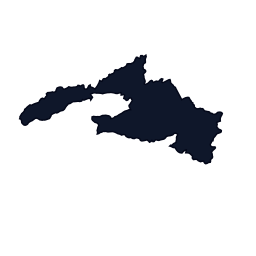 Pirajuí, São Paulo, Brazil, rotated 239°
{"feature_id": "56859067B50435811412978", "entity_name": "Pirajuí", "entity_type": "district", "adm_level": 2, "iso_a3": "BRA", "parent_name": "Brazil", "parent_adm1": "São Paulo", "projection": "equal_earth", "projection_center": [-49.386, -21.905], "detail": "fine", "context": "isolated", "style": "filled", "palette": "ink", "viewbox_px": 256, "rotation_deg": 239, "n_neighbors": 0, "source": "geoboundaries", "source_scale": "gbopen_adm2", "svg_char_len": 5967}
<svg xmlns="http://www.w3.org/2000/svg" viewBox="0 0 256 256"><g transform="rotate(239 128 128)"><path d="M73.3,194.2L74.6,195.3L75.5,196.3L75.9,197.8L76.3,198.9L76.8,199.9L77.3,201.5L76.6,204.5L76.7,205.9L77.8,206.7L78.7,206.3L79.6,205.7L80.4,204.9L81.7,204.9L82.4,204.6L83.2,204.7L84.2,205.3L85.0,206.2L87.1,206.9L86.8,209.0L86.4,210.7L88.2,211.6L89.2,212.5L90.0,213.5L90.8,215.0L91.8,216.3L93.0,216.2L94.0,215.3L94.7,214.2L95.2,212.7L94.8,211.3L94.9,209.6L95.5,208.8L96.0,207.9L97.3,207.5L98.3,206.2L99.7,206.1L100.7,205.2L101.4,204.3L102.2,203.5L103.3,202.3L104.9,202.2L106.1,202.0L106.8,200.8L107.7,200.0L108.2,198.2L109.2,196.5L110.4,196.2L111.2,195.6L112.3,195.9L113.6,196.5L115.0,195.8L116.0,196.5L116.8,196.1L117.6,195.8L118.6,196.0L120.1,195.8L121.6,195.8L122.7,195.9L123.4,195.2L123.8,194.2L124.2,193.0L124.4,191.5L124.6,188.6L137.2,189.3L138.4,189.5L140.0,188.6L141.4,188.7L142.5,188.3L144.7,187.8L145.5,188.1L147.1,188.8L147.9,188.9L148.3,187.8L148.4,186.3L148.6,183.4L148.6,182.3L149.3,180.8L150.2,180.7L152.0,183.0L152.9,182.3L153.0,180.7L152.2,178.9L152.6,177.5L153.6,176.4L153.8,175.1L153.8,173.5L154.6,173.0L155.9,173.1L156.7,172.6L156.8,171.1L156.3,169.4L156.0,167.9L156.3,165.6L157.2,164.7L158.1,165.1L158.6,166.2L159.4,166.8L160.2,167.0L162.0,167.3L162.8,167.5L163.6,168.0L165.0,168.5L165.9,168.6L166.6,169.7L166.9,171.3L167.3,172.2L168.2,172.6L169.2,172.4L170.5,171.4L171.7,172.0L172.9,172.3L173.7,173.0L175.1,174.6L175.1,176.5L176.5,177.4L177.4,177.7L178.6,178.7L179.8,180.3L181.2,180.8L181.1,179.2L181.4,177.9L182.7,177.5L183.4,176.2L182.4,174.9L181.4,174.2L182.2,173.1L183.6,172.6L184.3,171.6L183.6,170.4L182.8,169.0L182.0,168.3L181.6,167.1L181.2,166.0L181.5,164.7L181.6,163.5L182.6,162.0L183.4,160.3L182.3,158.9L182.0,157.5L182.0,155.7L182.1,154.5L183.0,153.5L182.7,152.1L182.9,151.0L182.7,149.7L183.3,148.6L184.3,147.4L184.2,146.1L183.4,145.6L182.7,144.7L182.3,143.5L182.7,142.2L182.6,140.5L183.4,140.1L183.4,138.9L182.5,138.5L182.0,137.3L181.9,135.7L181.7,134.3L182.3,133.5L182.8,132.2L182.0,130.6L181.5,129.5L182.4,128.7L183.2,128.2L181.7,126.5L179.9,123.5L178.3,119.7L180.0,119.0L180.8,118.4L181.7,117.8L182.4,116.9L184.4,117.7L184.4,116.2L182.9,113.9L182.6,112.4L183.5,111.3L184.2,110.8L185.5,111.2L186.9,111.9L187.8,111.9L188.3,111.1L188.4,108.6L189.6,108.0L190.3,107.1L189.8,106.1L189.9,104.7L190.6,103.2L191.2,102.1L191.6,100.9L192.6,99.5L193.8,98.5L193.6,96.9L193.7,95.2L193.9,94.0L194.4,92.7L195.6,92.5L196.9,92.3L198.1,90.9L198.6,89.3L198.8,87.8L198.1,86.8L197.4,85.8L196.5,85.0L196.6,82.9L197.8,81.9L198.2,80.4L198.9,78.9L199.7,77.3L199.3,75.6L197.8,75.4L197.3,74.6L197.1,73.5L196.6,72.6L196.1,71.2L197.6,70.0L197.8,68.6L197.2,67.0L196.7,66.0L195.8,64.8L196.4,62.5L196.7,61.2L197.0,59.5L197.1,58.3L197.0,57.3L198.3,55.8L198.0,53.4L197.8,52.1L197.3,50.6L197.2,49.1L196.2,48.2L195.6,47.0L195.3,45.9L195.0,44.3L193.2,41.1L192.3,40.7L191.7,39.9L190.6,40.8L189.5,40.6L188.6,40.3L187.3,39.7L186.4,39.7L185.3,40.0L184.3,40.3L183.4,41.2L183.0,42.6L183.1,43.9L183.8,45.3L184.0,46.8L183.9,48.3L183.7,49.7L183.9,51.7L184.1,53.3L183.6,54.7L182.4,55.7L180.4,56.7L179.7,57.6L178.9,58.5L178.4,59.8L177.7,60.8L177.3,62.3L176.6,65.6L177.9,68.0L178.9,69.1L178.9,71.1L178.7,72.6L178.4,74.2L177.6,74.7L177.4,75.9L177.5,78.4L177.1,79.9L176.6,81.3L176.9,83.2L177.9,85.0L178.7,86.8L179.0,88.2L179.6,89.6L178.9,90.6L178.9,92.5L179.0,93.6L178.8,94.8L178.2,95.7L176.6,99.1L175.6,100.3L175.0,102.1L175.8,103.7L174.6,104.6L174.1,107.8L173.6,109.9L172.6,110.9L171.2,110.5L172.6,113.4L173.8,113.3L175.2,113.0L176.3,113.3L176.2,114.7L175.9,116.4L175.3,117.7L174.2,118.9L173.4,120.3L172.4,121.8L171.4,123.0L170.4,124.0L170.2,125.2L169.6,126.8L168.8,128.9L168.1,130.0L167.6,131.2L167.0,132.1L165.6,133.8L164.6,134.8L163.9,135.4L163.0,136.8L162.8,137.9L162.0,140.1L160.7,139.7L159.8,139.1L159.3,140.3L159.0,141.5L157.9,142.0L155.5,139.6L154.4,140.4L153.3,140.5L152.3,141.1L152.1,142.4L152.8,143.7L152.8,145.4L151.8,146.1L150.6,145.9L149.8,146.1L148.9,145.2L148.0,143.2L147.3,141.9L146.9,140.6L146.0,140.1L144.6,139.9L143.4,139.9L142.4,139.7L143.2,138.0L143.3,136.5L144.0,134.1L144.0,132.0L143.8,130.7L143.9,128.6L144.0,127.1L143.8,125.6L143.9,124.1L144.4,122.6L144.0,121.4L144.1,119.9L144.9,118.0L146.1,118.6L147.7,118.2L148.6,117.5L149.6,116.3L150.3,115.6L151.2,113.8L151.9,112.5L152.2,109.6L153.4,107.8L154.1,106.4L154.8,105.5L155.7,104.4L156.0,102.9L155.0,102.3L154.3,101.7L153.0,101.6L152.0,101.9L150.9,102.3L149.9,102.6L148.8,103.7L147.4,104.5L145.4,104.4L144.1,102.6L142.9,101.5L141.8,100.3L140.0,99.8L138.7,98.6L138.3,100.2L138.5,101.7L138.0,103.4L137.9,105.0L137.2,106.0L136.5,107.3L135.0,108.8L132.9,113.0L131.6,114.3L129.9,115.5L128.4,116.4L126.7,118.1L125.3,118.8L124.8,120.8L123.6,122.1L122.3,122.0L121.5,122.2L119.7,123.3L119.1,124.1L118.5,125.6L116.7,126.6L115.7,127.9L115.5,129.6L114.9,130.8L114.0,131.5L113.3,132.2L112.1,132.5L111.0,132.3L110.0,133.0L109.4,134.1L108.7,135.9L108.0,138.2L106.0,139.0L104.8,139.1L104.6,140.8L105.0,142.1L103.4,142.4L103.0,143.5L103.5,144.7L103.6,145.8L102.8,146.6L102.1,147.3L101.5,148.1L101.1,149.9L100.2,152.5L100.0,153.7L100.4,155.3L101.0,156.7L100.4,158.8L99.7,160.2L99.1,162.8L99.6,164.7L99.3,165.9L98.2,166.8L97.3,167.4L96.3,166.8L95.6,165.4L94.9,164.7L93.1,163.7L90.8,161.5L91.0,160.4L91.1,158.8L90.5,156.9L91.3,155.8L91.0,154.5L90.2,155.3L89.0,156.1L88.0,156.7L87.0,158.2L84.0,158.3L82.1,158.7L81.2,159.1L80.1,159.8L78.8,161.4L79.2,162.6L79.5,164.1L79.6,165.6L79.2,166.7L78.2,165.9L77.0,164.7L76.1,166.2L75.2,167.3L74.2,167.9L72.7,168.3L70.9,168.9L69.0,167.6L67.3,167.8L66.3,170.0L65.2,171.2L64.0,171.3L62.9,172.0L61.8,172.8L61.3,174.5L60.6,175.9L59.4,175.6L58.3,175.7L57.4,176.2L57.0,177.5L57.0,179.1L56.3,180.9L57.2,181.8L58.1,182.1L58.6,183.0L58.9,184.7L59.6,185.6L61.1,186.1L62.3,186.7L63.5,187.0L64.5,187.1L64.8,188.3L65.3,190.0L65.6,191.8L66.0,192.7L67.0,192.8L67.9,191.2L69.0,189.8L70.6,189.7L71.7,190.1L72.8,192.1L73.6,192.9L73.3,194.2Z" fill="#0f172a" stroke="#020617" stroke-width="1.5"/></g></svg>